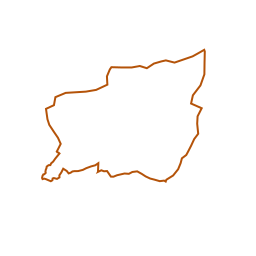 Lapithiou, Paphos, Cyprus, rotated 161°
{"feature_id": "46923920B87887675510001", "entity_name": "Lapithiou", "entity_type": "district", "adm_level": 2, "iso_a3": "CYP", "parent_name": "Cyprus", "parent_adm1": "Paphos", "projection": "natural_earth1", "projection_center": [32.598, 34.905], "detail": "fine", "context": "isolated", "style": "outline", "palette": "amber", "viewbox_px": 256, "rotation_deg": 161, "n_neighbors": 0, "source": "geoboundaries", "source_scale": "gbopen_adm2", "svg_char_len": 1429}
<svg xmlns="http://www.w3.org/2000/svg" viewBox="0 0 256 256"><g transform="rotate(161 128 128)"><path d="M170.7,96.3L167.0,96.7L164.8,94.9L161.8,94.1L160.0,87.6L157.6,86.7L153.7,86.9L146.1,86.1L142.1,84.4L138.2,85.0L133.4,84.0L129.9,80.1L127.1,76.5L123.5,73.0L120.0,70.7L115.3,67.4L111.0,66.5L109.8,65.1L108.6,66.6L100.8,68.4L94.0,72.7L89.7,77.6L86.9,81.8L81.7,83.5L79.0,86.0L74.2,90.6L69.0,96.0L63.5,99.7L61.2,109.5L58.4,116.4L51.9,122.7L60.4,130.6L56.0,137.8L45.6,144.7L38.3,153.9L34.2,165.3L30.5,175.3L30.5,177.1L36.8,175.9L43.6,174.7L53.8,174.7L62.7,174.7L70.2,179.6L74.7,180.1L82.5,180.5L90.7,178.4L96.7,182.8L104.6,184.0L115.1,187.6L123.9,190.9L126.1,189.3L131.1,183.7L133.4,175.7L145.7,174.4L156.0,176.1L175.5,181.5L186.6,180.8L190.6,173.7L199.3,172.8L201.3,162.5L201.4,156.6L199.4,148.8L197.4,141.5L196.8,134.9L203.6,128.3L203.2,128.5L201.7,127.3L201.1,126.2L203.4,124.8L206.8,122.7L209.7,120.6L212.2,119.6L213.5,118.2L215.2,118.7L217.4,118.0L218.3,116.4L219.2,115.5L220.3,113.6L220.4,112.4L222.2,111.5L223.1,111.7L224.3,110.7L225.5,108.8L225.4,107.5L223.7,107.4L222.3,106.4L218.3,102.8L216.5,103.2L215.7,104.8L214.4,104.8L211.7,103.0L208.9,103.6L208.3,105.6L205.5,107.7L202.5,110.6L199.9,107.3L198.9,104.4L196.8,104.4L194.7,105.0L192.9,104.7L189.2,103.5L184.3,103.1L180.6,103.6L175.4,103.7L171.1,103.4L167.5,104.4L167.6,104.1L169.0,100.6L170.6,96.4L170.7,96.3Z" fill="none" stroke="#b45309" stroke-width="2"/></g></svg>